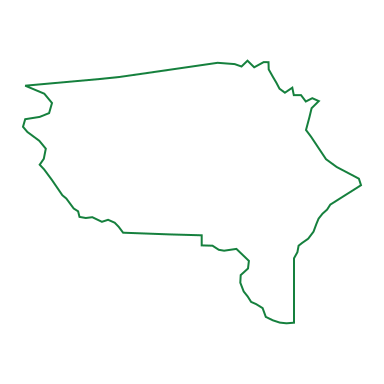 the district of Paim Filho, Rio Grande do Sul, Brazil
{"feature_id": "56859067B93945017430500", "entity_name": "Paim Filho", "entity_type": "district", "adm_level": 2, "iso_a3": "BRA", "parent_name": "Brazil", "parent_adm1": "Rio Grande do Sul", "projection": "natural_earth1", "projection_center": [-51.772, -27.737], "detail": "fine", "context": "isolated", "style": "outline", "palette": "green", "viewbox_px": 384, "rotation_deg": 0, "n_neighbors": 0, "source": "geoboundaries", "source_scale": "gbopen_adm2", "svg_char_len": 1140}
<svg xmlns="http://www.w3.org/2000/svg" viewBox="0 0 384 384"><path d="M318.8,101.1L312.3,98.2L305.8,101.5L301.0,95.1L293.8,95.1L292.3,87.7L284.9,92.7L279.5,88.7L276.4,82.8L272.8,76.7L268.7,69.4L268.5,62.2L263.7,62.1L254.2,67.3L247.5,60.7L241.5,66.5L234.7,64.1L217.6,62.8L168.6,69.9L119.2,77.0L99.7,79.0L25.2,85.7L44.3,93.7L52.0,103.0L49.1,113.1L39.7,116.9L25.2,119.2L23.0,126.8L27.4,132.0L39.3,140.8L45.8,148.7L43.8,158.8L39.7,164.7L44.1,169.4L51.8,179.8L62.4,195.3L66.3,198.5L73.7,208.5L78.1,211.3L79.5,216.9L85.8,218.0L92.3,217.2L101.9,221.8L108.1,219.8L114.7,222.7L118.6,226.7L123.1,232.7L169.4,234.4L201.7,235.3L201.7,245.4L212.5,245.7L218.8,249.8L224.1,250.7L236.4,248.9L248.9,260.9L248.0,268.5L240.7,275.1L240.3,282.7L243.7,291.5L247.7,296.5L251.1,301.9L256.1,304.1L262.6,308.1L265.8,316.9L272.8,320.3L279.8,322.6L286.5,323.3L294.0,322.7L294.0,258.3L297.4,252.2L298.6,245.7L302.3,242.8L308.2,238.7L313.5,231.7L316.4,223.9L318.6,218.6L322.5,213.7L327.1,209.6L330.3,204.6L361.0,185.2L358.9,178.7L336.7,167.0L326.0,159.2L311.1,136.8L306.0,130.0L309.4,117.3L311.6,108.2L318.8,101.1Z" fill="none" stroke="#15803d" stroke-width="2"/></svg>